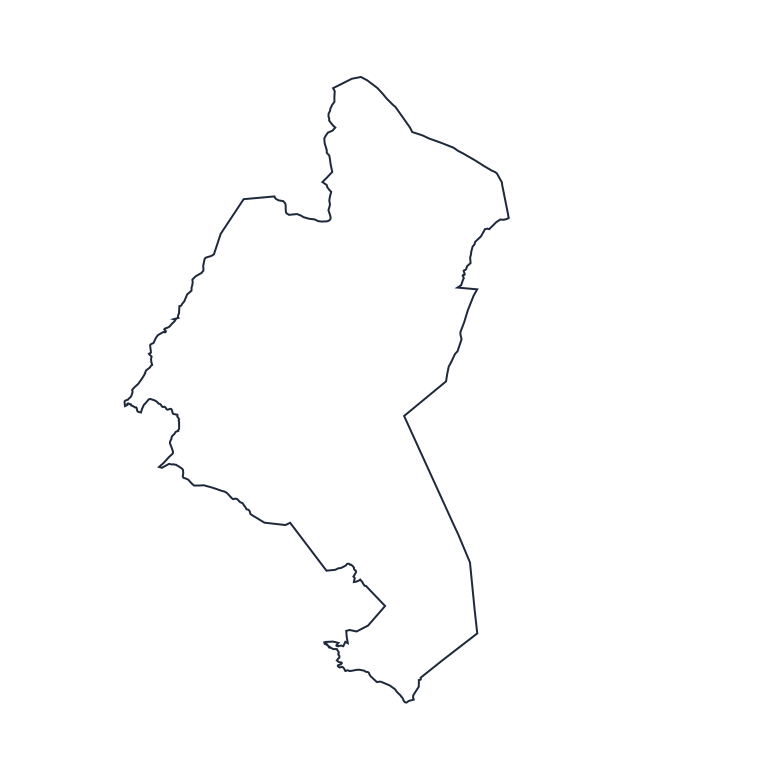 outline of Ziracuaretiro, Michoacán, Mexico, rotated 47°
{"feature_id": "50627088B75653090640966", "entity_name": "Ziracuaretiro", "entity_type": "district", "adm_level": 2, "iso_a3": "MEX", "parent_name": "Mexico", "parent_adm1": "Michoacán", "projection": "orthographic", "projection_center": [-101.91, 19.437], "detail": "fine", "context": "isolated", "style": "outline", "palette": "slate", "viewbox_px": 768, "rotation_deg": 47, "n_neighbors": 0, "source": "geoboundaries", "source_scale": "gbopen_adm2", "svg_char_len": 6153}
<svg xmlns="http://www.w3.org/2000/svg" viewBox="0 0 768 768"><g transform="rotate(47 384 384)"><path d="M632.3,584.9L632.7,582.0L635.1,577.5L634.2,577.0L633.4,576.8L632.0,575.4L631.6,574.8L629.1,565.0L624.3,560.4L625.2,558.9L625.2,558.6L623.8,557.4L625.9,530.2L630.0,485.9L611.2,471.9L573.1,442.8L543.8,432.0L535.6,429.4L421.1,391.1L424.4,336.8L419.9,331.1L415.3,324.6L414.1,320.7L410.5,311.7L410.2,307.9L404.2,296.8L399.7,294.2L398.1,292.6L393.5,283.2L387.3,272.5L380.6,258.4L378.3,251.3L363.6,264.5L364.4,260.3L361.7,255.2L361.0,253.4L358.4,252.6L358.2,251.9L359.0,250.8L358.9,250.2L355.6,248.6L355.5,247.9L356.0,246.8L356.0,245.5L354.5,242.8L354.6,238.2L350.3,234.8L348.4,231.8L346.9,230.2L343.9,225.4L343.7,222.8L342.2,220.3L342.2,212.6L340.9,208.3L339.6,204.7L341.0,202.3L342.5,201.5L342.2,191.5L343.0,186.8L345.5,184.5L346.8,182.2L347.7,179.6L342.0,176.0L318.5,161.5L317.0,160.3L306.9,157.8L304.9,158.2L301.2,159.7L292.9,162.2L282.8,164.8L269.1,169.0L263.8,170.9L258.9,171.9L246.4,177.8L235.0,183.7L228.4,186.3L219.0,191.5L214.1,190.1L189.4,186.7L185.8,187.1L177.0,187.4L170.5,187.0L162.8,187.0L150.4,189.2L143.7,191.5L138.8,199.4L132.9,219.5L136.2,220.3L140.2,224.5L143.8,227.8L144.5,231.5L146.1,235.6L147.4,237.1L148.5,240.1L150.4,242.1L152.3,242.9L153.8,244.4L157.1,244.8L160.5,245.0L163.2,244.7L163.6,248.8L161.9,253.6L162.6,257.1L163.7,260.2L167.6,263.3L173.8,266.3L175.9,268.2L179.6,268.2L183.0,270.4L185.6,272.3L189.4,274.7L193.6,277.2L194.1,284.8L194.3,291.3L199.5,290.2L201.4,291.3L204.8,291.6L207.5,291.6L210.1,295.8L212.5,298.9L214.6,300.2L216.2,301.4L219.0,306.1L224.6,308.7L225.8,309.5L226.6,310.3L227.0,311.5L227.0,312.8L226.2,314.7L222.7,318.8L219.9,321.1L216.3,322.5L211.9,326.2L207.0,329.1L204.1,329.9L200.4,331.7L195.5,338.1L192.6,338.9L191.2,338.3L189.5,337.0L186.3,334.1L184.7,333.1L181.6,333.0L177.8,335.8L175.0,336.8L172.9,336.6L172.1,336.2L153.1,360.6L162.8,401.0L173.2,420.0L172.5,423.2L170.2,427.8L170.0,429.4L171.0,431.1L174.4,435.8L176.4,437.3L178.0,438.9L178.3,441.8L176.8,448.2L176.9,452.8L179.4,454.8L181.1,457.0L182.2,458.9L184.5,461.2L184.2,466.8L187.3,473.6L187.7,476.8L188.3,478.7L188.2,479.7L187.5,480.5L192.4,485.6L193.2,487.4L194.3,488.9L194.8,489.3L195.4,489.3L193.2,493.6L194.8,492.6L195.3,494.6L195.3,497.5L195.7,501.8L195.3,503.5L194.0,506.5L194.2,507.5L196.6,507.5L197.1,508.4L196.8,509.0L195.5,509.9L194.1,515.8L194.3,517.7L195.1,520.5L196.8,524.4L195.9,527.6L196.2,528.7L202.0,532.9L202.1,533.6L201.6,535.3L202.6,535.5L205.4,535.2L206.7,537.2L209.1,539.1L211.9,540.5L211.7,542.1L212.3,543.8L211.8,548.9L213.0,551.1L213.0,551.6L213.5,551.9L215.0,557.3L216.3,563.7L216.2,568.0L216.3,569.8L216.6,572.3L218.2,573.1L219.3,574.8L220.4,577.0L220.7,577.9L220.7,581.8L220.8,581.9L219.7,584.6L219.7,585.3L220.4,586.2L223.5,588.5L224.3,586.0L223.5,585.4L223.6,584.5L224.1,584.0L225.0,584.0L226.1,583.0L227.1,583.1L227.4,583.5L228.8,582.7L231.5,582.0L231.8,581.3L232.2,581.2L232.7,581.2L235.7,582.9L237.1,582.6L239.1,581.1L238.1,579.6L237.1,577.7L235.5,573.9L235.4,571.5L234.9,567.1L234.8,566.6L235.6,565.1L240.0,562.7L242.4,562.2L244.6,562.2L246.0,561.4L247.4,561.4L249.0,561.7L249.7,561.6L250.2,561.3L250.6,560.3L251.7,559.8L252.8,559.9L253.8,560.2L254.7,560.1L255.3,559.7L256.2,557.7L256.6,557.0L257.2,556.7L258.8,557.0L260.3,558.0L261.3,558.4L262.0,558.5L262.3,558.4L264.0,557.3L265.2,556.2L265.9,556.2L266.6,557.2L267.0,557.4L267.4,557.5L268.0,557.4L268.8,557.6L269.4,557.9L270.4,558.1L270.9,559.3L271.2,559.5L272.3,559.8L273.3,561.2L273.8,561.4L276.1,563.5L276.7,564.1L277.0,564.5L277.5,566.2L278.0,566.5L277.2,568.0L277.0,569.1L277.6,571.5L277.6,573.6L277.7,574.9L278.2,575.8L279.0,576.6L280.1,579.5L280.7,580.3L281.3,580.9L282.2,581.3L286.6,583.1L289.7,584.5L290.8,586.0L290.8,591.6L291.4,598.3L291.3,605.1L293.8,603.6L295.8,595.7L298.1,594.1L299.0,592.8L300.1,592.2L301.3,591.1L302.6,590.9L303.8,590.4L308.5,589.4L309.7,589.6L312.3,591.6L314.3,594.2L315.9,594.6L318.4,593.2L320.5,592.4L325.6,592.5L328.7,592.2L332.4,588.2L335.1,584.9L342.1,580.6L346.6,578.1L350.5,576.1L353.8,574.1L355.7,573.4L356.9,573.2L363.8,573.2L365.3,572.9L365.9,571.9L366.2,571.2L366.8,570.6L367.8,570.0L368.7,569.8L371.8,569.9L373.0,569.5L374.2,568.9L374.8,568.8L376.0,568.9L377.8,569.3L379.1,569.3L381.9,570.0L383.0,569.2L383.9,568.9L384.7,568.9L385.4,569.0L387.6,570.2L388.2,570.3L390.1,569.9L403.9,566.0L419.9,552.3L421.5,547.3L481.3,553.4L486.7,546.3L487.5,543.4L489.3,540.8L490.7,535.8L490.4,533.8L490.6,533.3L491.4,532.4L491.9,532.1L493.1,532.1L493.4,531.8L493.5,531.4L495.8,531.0L498.1,531.3L498.5,531.9L499.1,532.2L500.9,532.2L501.3,532.0L501.8,532.2L502.2,532.4L502.5,532.8L503.0,534.1L503.2,535.1L503.6,535.9L504.0,537.7L505.9,537.7L506.4,538.2L507.1,539.5L508.3,541.1L509.5,539.3L509.9,538.4L510.9,535.6L510.8,534.8L514.2,534.9L514.3,535.1L515.7,535.4L518.3,535.8L519.4,534.9L524.2,534.9L547.1,534.6L549.8,560.4L546.3,572.8L540.4,577.0L538.8,580.0L543.2,583.5L548.8,587.2L546.2,588.1L548.0,592.6L547.7,592.9L546.2,593.6L544.6,596.0L544.6,596.4L543.2,597.3L542.6,597.0L542.5,595.4L542.3,593.9L539.7,595.5L538.2,596.6L537.6,597.0L532.6,602.9L532.8,603.6L532.4,604.0L532.8,604.2L533.4,603.8L534.3,603.6L534.4,604.2L535.8,603.1L536.4,603.7L539.2,603.0L539.3,603.8L539.6,603.7L540.2,603.2L540.4,602.9L543.2,601.9L545.6,599.4L545.9,599.3L547.1,599.7L549.0,599.9L549.6,600.2L549.9,600.6L550.0,601.3L550.4,601.7L550.9,602.0L552.2,602.0L553.0,602.5L553.5,603.2L553.7,603.5L553.6,604.9L553.9,606.0L554.0,607.0L556.2,606.8L557.7,605.9L558.3,605.3L558.9,605.0L559.4,605.3L559.6,606.5L559.1,608.0L558.5,609.0L558.4,609.6L558.6,610.0L559.0,610.2L559.7,610.2L561.2,609.7L562.1,607.8L562.5,607.5L563.3,607.2L564.8,607.3L566.5,607.6L567.0,608.0L567.3,608.0L567.6,607.9L567.9,607.5L568.3,606.2L568.7,605.8L569.5,605.3L570.2,605.1L570.7,604.6L571.8,603.1L574.6,598.6L575.5,597.8L576.1,596.9L576.9,596.3L578.4,595.3L579.9,594.1L581.8,593.7L583.5,592.4L584.3,592.1L584.9,592.1L587.2,592.9L588.7,593.1L597.1,592.5L597.2,592.4L598.9,589.9L599.9,589.2L608.3,585.4L614.4,584.2L615.1,584.1L617.0,584.5L620.3,584.5L622.6,584.3L624.5,584.6L625.9,584.5L629.8,585.8L631.3,585.6L632.3,584.9Z" fill="none" stroke="#1e293b" stroke-width="2"/></g></svg>